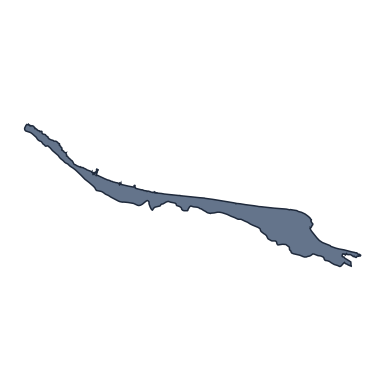 the district of Khlong Yai, Thailand, rotated 132°
{"feature_id": "78962969B6088358830933", "entity_name": "Khlong Yai", "entity_type": "district", "adm_level": 2, "iso_a3": "THA", "parent_name": "Thailand", "parent_adm1": "", "projection": "robinson", "projection_center": [102.857, 11.818], "detail": "fine", "context": "isolated", "style": "filled", "palette": "slate", "viewbox_px": 384, "rotation_deg": 132, "n_neighbors": 0, "source": "geoboundaries", "source_scale": "gbopen_adm2", "svg_char_len": 5929}
<svg xmlns="http://www.w3.org/2000/svg" viewBox="0 0 384 384"><g transform="rotate(132 192 192)"><path d="M128.3,25.2L128.1,25.4L127.8,25.2L126.9,24.1L126.3,24.2L126.1,24.5L126.3,25.3L126.2,25.5L126.2,25.8L126.6,26.1L127.1,27.1L126.9,27.9L127.1,28.4L127.0,28.9L127.7,29.7L128.1,30.7L129.7,33.4L133.2,40.2L136.0,44.7L137.5,47.6L139.4,52.1L139.5,52.4L139.4,53.5L142.3,61.3L142.8,65.0L142.5,68.6L141.2,76.5L140.8,78.2L140.0,80.0L139.4,79.8L139.1,80.3L138.9,79.8L137.8,79.9L136.4,80.5L135.8,80.3L135.0,80.7L134.8,81.0L134.6,82.8L134.3,83.6L134.0,83.7L133.8,84.4L133.0,84.5L132.7,84.8L132.7,86.0L132.4,86.5L132.3,88.8L132.4,90.3L132.7,93.3L133.8,97.0L135.3,99.9L135.7,101.7L138.9,106.6L139.2,107.1L139.9,107.5L141.6,110.5L149.0,120.1L157.0,131.2L158.0,132.4L158.7,133.6L160.7,136.7L165.7,143.9L168.3,148.0L170.1,150.5L171.2,151.5L170.9,151.7L172.2,153.9L183.4,171.4L188.0,178.1L188.2,178.7L191.2,182.6L202.5,198.1L202.5,198.4L203.7,199.8L212.0,211.2L213.6,213.8L216.0,217.0L215.9,217.2L216.2,217.4L216.1,217.5L216.7,218.5L216.9,218.5L216.9,219.0L217.1,218.8L217.2,219.1L217.4,219.1L217.4,219.4L217.5,219.3L218.2,220.8L218.6,220.8L218.9,221.3L219.9,223.4L219.8,223.5L220.6,225.1L221.0,225.5L221.5,225.7L221.3,226.0L223.3,229.1L223.3,229.8L223.9,230.8L224.2,231.0L226.8,235.9L226.8,236.2L227.0,236.6L226.7,236.8L226.4,237.8L225.3,238.7L225.4,238.9L226.2,238.4L226.4,238.7L225.5,239.6L227.2,238.5L227.5,238.8L230.2,243.2L233.9,249.9L233.4,250.2L233.0,250.7L234.1,250.3L234.2,250.5L233.5,251.1L235.2,250.6L235.2,251.0L234.3,251.5L233.7,251.6L233.6,251.8L233.8,252.0L234.0,252.0L234.2,251.6L234.4,251.7L235.3,253.9L236.1,255.0L236.5,256.0L237.3,257.3L237.5,258.3L238.3,259.6L238.4,260.5L239.1,262.1L239.6,262.9L240.3,265.2L240.6,265.7L240.8,266.7L242.4,271.8L242.5,272.5L242.9,273.2L243.0,274.3L244.6,274.1L240.7,275.7L240.0,276.3L238.9,276.3L238.3,276.6L238.6,277.8L238.7,278.1L239.1,278.0L239.0,277.4L240.7,276.8L240.8,277.1L242.0,276.8L244.3,276.5L244.3,276.8L242.7,277.3L242.9,277.8L245.1,277.4L245.0,277.7L243.3,278.6L243.9,278.5L244.3,279.3L244.4,279.5L243.8,280.0L244.3,280.0L244.2,280.4L244.3,281.0L245.9,285.0L246.0,286.2L246.7,288.4L246.8,289.4L247.2,289.7L247.9,291.1L248.7,291.0L248.0,291.4L247.9,291.6L248.3,291.7L249.5,295.0L249.8,297.0L250.2,297.6L250.2,298.6L249.7,299.8L249.4,300.5L249.0,302.1L249.2,302.7L249.1,305.6L249.2,306.6L248.8,308.4L249.2,309.1L249.2,309.4L248.4,309.9L247.5,311.7L247.1,311.8L247.3,311.9L247.3,312.2L247.6,312.6L247.8,313.3L247.8,314.4L247.5,314.8L247.8,315.9L247.8,316.3L247.6,316.4L247.5,316.9L247.8,317.0L247.6,317.3L246.9,317.6L246.3,318.3L246.4,319.5L246.0,320.1L245.9,320.6L246.1,321.6L245.7,322.2L245.1,322.3L244.8,322.9L245.1,323.3L245.1,323.8L245.2,324.1L245.0,325.2L245.2,326.8L245.6,327.5L246.2,328.1L246.7,329.2L246.6,329.8L247.5,331.5L247.8,332.5L248.2,333.8L248.0,334.1L248.0,335.3L247.5,335.8L247.8,337.9L247.5,339.4L248.0,340.4L248.5,341.1L248.7,342.2L248.6,342.9L247.6,343.8L247.5,344.2L247.8,344.8L248.9,345.3L248.9,345.5L248.6,345.9L248.7,346.4L249.4,347.6L249.3,348.5L249.5,348.9L249.3,349.2L249.3,349.6L249.6,350.9L250.0,351.1L249.9,351.3L249.6,351.4L249.3,351.9L249.5,352.4L249.2,353.4L249.3,354.2L249.8,355.2L250.3,355.5L250.5,356.3L251.2,356.7L251.3,357.0L251.0,357.3L251.1,358.5L251.3,357.9L251.4,358.4L251.6,358.6L251.3,358.9L251.8,359.0L252.4,360.0L253.7,359.9L256.5,359.1L257.0,358.7L257.6,358.0L257.8,357.4L257.9,356.4L255.9,351.9L255.6,349.6L255.6,344.3L256.2,342.2L256.3,340.8L256.0,339.3L255.5,338.1L255.4,337.5L256.0,334.7L255.8,333.1L256.0,331.7L255.7,331.2L254.4,330.3L254.2,329.9L254.1,326.9L254.6,323.5L254.4,315.9L255.0,313.4L255.1,311.8L254.9,308.7L255.1,306.4L254.9,305.0L254.3,303.3L254.4,299.9L253.8,296.3L253.6,293.8L253.6,291.8L253.8,285.3L254.2,280.2L253.8,275.1L253.7,269.9L253.7,268.7L254.0,266.6L254.4,265.8L254.8,264.1L252.5,260.2L252.1,259.3L251.8,258.0L251.5,254.8L250.5,251.8L250.1,249.0L248.0,240.7L247.4,239.1L246.2,237.1L245.0,235.8L242.5,232.4L239.6,227.8L238.3,223.6L237.6,222.4L236.2,221.4L234.2,220.7L229.6,220.0L228.4,219.6L228.1,219.2L228.0,218.3L228.2,217.2L229.0,216.6L229.8,215.6L231.3,212.7L232.0,210.7L232.1,209.6L232.0,209.3L231.5,209.3L229.8,209.6L228.6,209.5L227.8,209.2L223.9,206.5L223.5,206.4L221.8,206.7L221.4,206.5L220.3,205.6L216.5,204.4L214.9,203.4L213.9,201.1L211.7,197.4L211.5,196.5L211.6,195.7L212.1,195.0L212.3,194.3L211.2,191.8L211.0,190.9L210.9,189.7L211.2,188.8L211.7,188.2L211.8,187.5L211.8,186.7L211.3,185.5L209.0,182.9L208.5,182.8L207.6,183.3L204.5,183.9L203.2,183.5L202.1,181.1L200.0,178.2L199.2,176.7L199.0,175.0L198.3,173.7L198.0,171.3L197.3,168.6L197.3,167.7L196.9,166.3L196.4,165.4L195.5,163.8L195.0,163.7L192.8,161.6L189.9,159.5L188.6,158.0L187.3,155.9L185.1,150.9L183.9,146.8L182.5,143.2L181.6,140.0L181.3,139.4L179.7,137.6L179.3,136.8L178.3,133.3L177.3,130.4L176.8,127.3L176.1,124.9L174.1,119.2L173.8,117.2L173.9,116.6L174.8,115.2L175.1,114.1L174.9,110.8L174.6,109.4L174.6,107.5L175.6,105.1L175.9,104.0L175.1,100.4L174.8,99.8L172.7,97.4L172.5,96.9L172.5,95.9L173.4,94.6L173.9,93.4L173.9,92.9L173.6,92.5L170.2,89.7L168.2,87.1L167.9,83.1L168.0,82.6L169.4,81.2L169.7,80.5L169.8,78.9L170.5,77.8L170.6,77.1L170.0,75.3L166.8,69.5L165.6,66.0L164.9,64.7L163.7,63.5L162.6,63.0L160.8,61.7L159.5,61.2L157.2,60.8L156.4,59.6L155.0,55.8L153.5,53.7L152.7,51.5L152.6,50.7L152.7,50.0L153.5,48.6L153.7,47.9L153.6,47.0L152.6,45.6L151.7,43.5L151.4,41.0L150.7,37.8L149.2,34.6L148.6,32.5L148.2,32.1L147.1,31.7L143.0,31.7L142.3,31.5L142.6,30.9L142.5,29.9L141.9,28.4L141.8,27.5L140.6,24.0L140.4,24.1L139.5,25.4L138.8,26.0L137.7,27.2L138.6,32.5L139.0,33.9L138.8,34.4L138.9,35.1L138.6,35.5L139.4,36.9L139.1,37.7L137.3,38.6L136.7,38.2L136.6,37.5L135.9,37.0L136.3,36.4L136.2,35.8L134.4,35.9L134.6,35.3L134.5,34.8L134.0,33.9L132.6,32.5L132.4,32.0L132.1,29.9L131.9,29.6L132.1,29.1L131.7,28.4L131.2,28.3L131.3,27.6L130.9,26.3L130.5,26.1L129.2,26.3L128.9,26.0L128.3,25.2Z" fill="#64748b" stroke="#1e293b" stroke-width="1.5"/></g></svg>